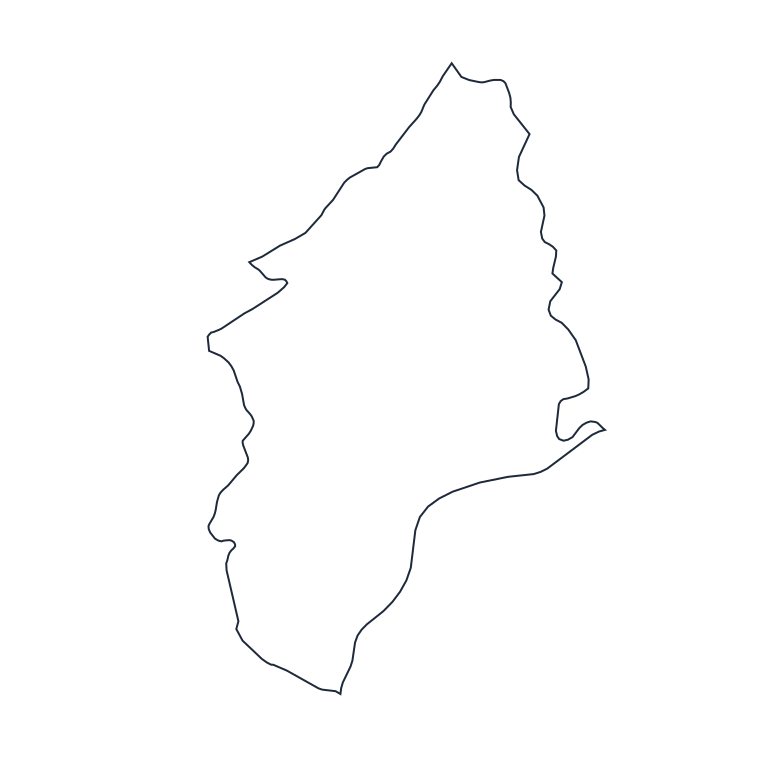 outline of Mukdahan, rotated 66°
{"feature_id": "THA-473", "entity_name": "Mukdahan", "entity_type": "Province", "adm_level": 1, "iso_a3": "THA", "parent_name": "Thailand", "parent_adm1": "", "projection": "robinson", "projection_center": [104.5, 16.543], "detail": "fine", "context": "isolated", "style": "outline", "palette": "slate", "viewbox_px": 768, "rotation_deg": 66, "n_neighbors": 0, "source": "natural_earth", "source_scale": "10m", "svg_char_len": 2817}
<svg xmlns="http://www.w3.org/2000/svg" viewBox="0 0 768 768"><g transform="rotate(66 384 384)"><path d="M515.8,200.8L514.9,206.8L515.1,214.4L527.7,269.3L528.0,276.6L527.2,283.8L519.2,308.6L513.0,336.5L510.3,365.0L511.0,380.1L513.9,393.6L520.1,405.3L530.3,414.8L562.8,434.3L572.5,443.4L580.3,453.8L586.4,464.8L591.2,476.8L596.6,497.5L599.3,504.3L603.0,510.4L608.4,515.6L623.9,525.4L628.6,529.6L639.9,543.0L644.4,546.8L649.5,549.9L644.9,553.2L638.3,564.4L637.6,565.3L635.2,567.8L606.2,589.4L595.4,599.4L594.5,601.3L590.9,604.2L585.5,607.4L560.9,617.6L547.8,618.6L541.5,613.5L490.2,603.6L483.7,601.1L481.4,598.9L477.5,596.0L475.3,593.7L473.9,591.2L473.1,588.7L471.7,586.0L469.9,585.3L467.7,585.4L465.9,586.4L464.3,587.8L463.4,589.6L461.9,594.1L461.6,596.6L459.6,599.1L456.5,601.3L449.0,603.2L445.2,603.1L442.4,602.1L440.9,600.5L436.1,593.8L433.8,591.5L430.5,588.9L423.9,584.6L418.6,580.2L416.7,577.5L415.2,573.9L413.2,567.5L407.4,555.6L404.1,546.7L402.8,544.2L400.7,540.7L398.4,539.1L395.9,538.3L382.9,537.6L380.1,537.0L378.4,536.2L374.5,527.7L372.6,524.8L368.9,520.5L366.6,518.9L364.6,518.0L359.8,518.0L357.6,518.4L351.5,520.3L348.9,520.5L346.2,520.4L335.3,517.7L327.7,516.7L322.4,516.9L310.5,515.8L305.7,516.2L301.2,517.2L295.4,519.7L291.8,521.8L282.6,530.3L269.1,525.9L267.8,523.7L266.7,521.0L267.2,518.4L267.4,512.7L267.3,509.9L262.7,482.8L262.0,473.6L257.4,443.9L254.9,435.8L252.5,431.3L250.4,431.4L248.5,432.1L247.1,433.8L246.2,435.8L243.9,442.5L242.9,444.5L241.7,446.2L240.2,447.7L238.4,448.8L229.9,451.4L228.1,452.3L224.8,454.6L221.4,456.3L217.9,457.5L218.1,443.5L215.3,422.7L215.3,406.4L214.0,394.3L204.3,372.5L200.5,367.7L199.4,365.7L195.1,355.7L183.9,338.5L182.4,334.6L181.5,331.2L179.9,313.7L180.2,311.1L183.2,302.0L182.0,299.3L179.8,296.7L176.1,291.7L174.7,287.9L174.3,283.3L172.7,279.8L170.0,275.8L159.5,256.5L155.2,246.8L152.8,242.3L150.6,239.2L149.2,237.7L147.9,236.4L145.1,233.4L135.7,219.3L133.2,214.2L130.6,210.0L126.7,205.1L118.5,191.7L135.0,188.4L141.0,182.5L146.7,174.6L148.2,172.1L149.0,169.7L150.0,163.5L151.0,159.7L153.6,153.9L155.9,151.7L158.6,150.7L169.0,151.3L174.0,152.1L178.5,153.7L182.4,155.6L190.4,155.7L214.9,149.4L231.5,168.4L242.8,175.5L252.6,178.1L260.0,174.8L266.6,170.4L274.3,167.3L287.6,166.4L295.4,168.9L308.9,178.8L315.5,180.3L319.7,179.4L323.5,176.3L327.3,173.9L332.1,172.3L337.5,175.1L346.8,182.2L351.6,185.2L363.3,180.1L368.8,184.9L376.0,198.4L383.0,203.4L389.5,203.8L395.0,201.0L400.3,196.8L409.1,193.5L422.0,191.0L450.2,192.6L463.1,195.2L471.1,199.2L472.4,205.1L472.9,209.9L472.9,214.1L471.9,222.0L470.8,226.4L471.5,229.6L473.5,232.4L496.7,246.0L501.9,247.0L505.5,246.4L508.8,243.1L509.7,238.7L509.2,233.4L503.7,223.5L502.2,219.4L501.7,214.7L502.2,210.4L504.6,206.5L506.3,204.8L513.2,202.1L515.6,200.9L515.8,200.8Z" fill="none" stroke="#1e293b" stroke-width="2"/></g></svg>